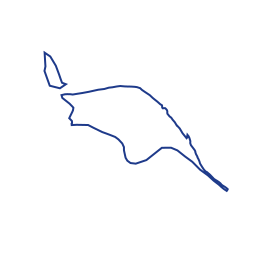 Al Waqf, Qina, Egypt, rotated 51°
{"feature_id": "37247803B80470796626605", "entity_name": "Al Waqf", "entity_type": "district", "adm_level": 2, "iso_a3": "EGY", "parent_name": "Egypt", "parent_adm1": "Qina", "projection": "equal_earth", "projection_center": [32.474, 26.086], "detail": "fine", "context": "isolated", "style": "outline", "palette": "blue", "viewbox_px": 256, "rotation_deg": 51, "n_neighbors": 0, "source": "geoboundaries", "source_scale": "gbopen_adm2", "svg_char_len": 2078}
<svg xmlns="http://www.w3.org/2000/svg" viewBox="0 0 256 256"><g transform="rotate(51 128 128)"><path d="M238.3,89.0L238.0,89.0L237.9,89.1L236.9,89.2L236.1,89.4L234.6,89.8L233.0,90.4L231.7,90.8L230.9,91.0L230.4,91.0L229.9,91.0L229.1,91.0L228.3,91.2L227.6,91.3L226.9,91.5L225.6,91.9L224.4,92.3L224.2,92.4L223.5,92.7L222.4,93.0L221.5,93.3L221.0,93.3L220.7,93.3L219.5,93.4L218.4,93.5L217.3,93.6L217.0,93.6L216.0,93.7L214.7,93.9L213.9,94.1L213.3,94.2L212.3,94.3L211.9,94.5L211.1,94.8L210.4,95.1L209.9,95.1L209.5,95.1L208.2,95.2L204.9,94.9L201.0,94.4L198.9,93.5L196.4,92.8L194.6,92.5L193.9,92.1L191.1,91.6L189.2,90.9L188.5,90.4L187.0,90.1L184.1,90.0L181.0,89.9L179.0,89.2L177.4,87.8L174.5,86.6L172.5,86.1L170.8,86.1L170.7,86.1L171.5,87.0L172.6,87.9L172.8,88.9L171.0,88.9L166.4,88.9L160.9,88.1L156.5,88.4L156.5,88.5L153.0,88.0L149.6,88.1L147.2,87.9L145.2,88.4L143.6,88.4L141.8,88.4L141.7,88.4L140.9,87.9L139.7,86.9L138.6,86.5L137.3,86.5L136.1,86.6L135.2,87.5L134.7,88.5L133.7,88.6L131.8,87.3L131.2,87.5L129.7,88.0L126.0,88.6L122.0,89.5L120.0,89.9L116.2,90.4L110.5,92.2L107.1,93.2L104.7,93.5L101.9,95.3L100.4,96.7L100.2,96.9L97.7,99.6L95.7,102.0L93.5,104.5L90.5,107.6L88.6,110.7L86.6,114.4L84.6,117.5L82.8,121.8L79.5,127.1L75.3,135.5L72.1,141.4L69.6,145.7L67.2,149.9L65.3,151.7L63.4,154.0L62.1,155.8L60.6,159.0L63.3,160.1L67.8,159.1L72.3,158.1L76.7,157.7L77.9,157.7L79.6,159.6L80.3,160.9L82.1,164.8L83.4,167.5L85.6,167.3L87.3,167.2L89.0,168.4L89.1,169.1L90.3,169.9L93.2,165.9L100.6,157.1L106.1,154.7L114.9,150.6L118.2,148.6L121.4,146.7L126.9,143.6L130.8,142.6L136.4,142.2L140.3,143.2L142.7,145.1L144.0,145.8L145.0,146.3L149.6,148.6L153.0,149.1L156.8,148.1L160.6,144.4L164.5,133.9L164.7,114.1L170.5,106.9L176.5,103.7L186.0,101.6L194.7,99.3L205.8,98.2L215.2,95.7L222.7,94.6L226.5,93.7L228.9,93.1L231.3,92.7L232.4,92.6L235.7,91.9L239.0,90.9L238.9,90.3L238.6,89.6L238.3,89.0ZM37.6,159.3L45.9,162.2L54.3,155.9L54.9,148.7L51.3,150.8L47.2,149.4L43.1,147.9L34.2,144.9L23.5,143.4L17.0,145.4L25.2,151.3L28.2,153.4L31.1,157.0L37.6,159.3Z" fill="none" stroke="#1e3a8a" stroke-width="2"/></g></svg>